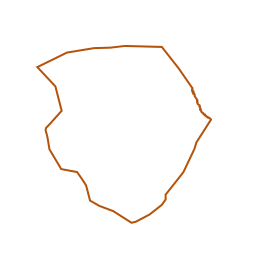 Delgerxangai, Dundgovi, Mongolia, rotated 161°
{"feature_id": "93677404B47502950424031", "entity_name": "Delgerxangai", "entity_type": "district", "adm_level": 2, "iso_a3": "MNG", "parent_name": "Mongolia", "parent_adm1": "Dundgovi", "projection": "orthographic", "projection_center": [104.19, 45.142], "detail": "fine", "context": "isolated", "style": "outline", "palette": "amber", "viewbox_px": 256, "rotation_deg": 161, "n_neighbors": 0, "source": "geoboundaries", "source_scale": "gbopen_adm2", "svg_char_len": 2609}
<svg xmlns="http://www.w3.org/2000/svg" viewBox="0 0 256 256"><g transform="rotate(161 128 128)"><path d="M193.9,215.1L183.1,191.0L185.1,165.9L199.9,157.6L205.4,154.8L206.6,153.0L207.1,145.9L208.9,135.3L209.2,133.4L204.5,110.9L190.5,102.9L188.4,95.7L186.3,87.5L187.5,71.7L180.4,63.6L168.9,54.1L155.6,37.3L151.4,36.8L135.7,39.2L121.1,44.3L115.6,48.2L114.2,52.7L96.8,63.8L89.8,68.4L72.0,86.6L67.9,92.2L47.3,108.5L46.8,108.8L46.8,109.0L46.9,109.3L47.0,109.7L47.1,110.0L47.3,110.1L47.5,110.4L47.5,110.6L47.7,110.8L47.8,110.8L48.0,110.8L48.2,111.1L48.2,111.3L48.2,111.5L48.3,111.7L48.5,111.8L48.8,112.0L49.1,112.0L49.3,112.0L49.4,112.3L49.4,112.6L49.4,112.8L49.5,112.9L49.7,113.0L49.8,113.0L50.0,113.1L49.9,113.3L49.9,113.5L50.2,113.9L50.5,114.1L50.7,114.3L51.0,114.5L51.0,114.9L50.9,115.1L50.7,115.3L50.7,115.5L50.8,115.7L51.0,115.7L51.3,115.6L51.4,115.8L51.5,115.9L51.5,116.0L51.8,116.1L52.0,116.2L52.0,116.3L52.0,116.5L51.9,116.6L51.9,116.9L51.9,117.0L52.1,117.1L52.3,117.3L52.3,117.5L52.3,117.9L52.3,118.0L52.5,118.2L52.6,118.3L52.7,118.5L52.8,118.6L53.0,118.6L53.2,118.8L53.3,119.2L53.3,119.6L53.3,119.9L53.3,120.1L53.3,120.3L53.4,120.6L53.5,120.8L53.6,121.1L53.4,121.3L53.2,121.4L53.2,121.5L53.2,121.8L53.3,121.8L53.5,121.8L53.8,121.8L53.9,122.0L53.7,122.3L53.5,122.5L53.4,122.6L53.3,122.8L53.2,122.9L53.2,123.1L53.2,123.4L53.2,123.5L53.3,123.6L53.3,123.8L53.2,123.9L53.2,124.0L53.3,124.3L53.4,124.5L53.4,124.8L53.5,124.9L53.5,125.0L53.4,125.3L53.1,125.4L52.9,125.5L52.9,125.8L52.9,126.0L54.2,127.9L54.3,128.2L54.3,128.4L54.3,128.6L54.2,128.8L54.2,129.0L54.3,129.3L54.3,129.7L54.2,129.7L53.9,129.7L53.8,129.8L53.7,129.9L53.7,130.1L53.8,130.3L53.8,130.5L53.8,130.9L53.7,131.0L53.5,131.3L53.8,131.4L53.9,131.5L53.8,131.8L53.7,131.8L53.6,132.0L53.6,132.3L53.6,132.5L53.7,132.9L53.7,133.1L53.7,133.3L53.7,133.5L53.8,133.7L53.9,133.9L54.0,134.2L54.1,134.6L54.3,135.3L54.4,135.5L54.4,135.9L54.5,136.2L54.6,136.3L54.6,136.6L54.5,136.8L54.4,137.1L54.4,137.3L54.2,137.5L54.1,137.8L54.3,138.0L54.2,138.3L54.1,138.6L54.2,138.9L54.3,138.9L54.5,138.9L54.8,138.9L55.0,139.0L54.9,139.2L54.8,139.3L54.8,139.5L55.0,139.8L55.2,140.0L55.3,140.1L55.2,140.3L54.9,140.3L54.7,140.4L54.8,140.6L54.9,140.8L55.0,141.0L55.1,141.3L55.0,141.5L54.8,141.5L54.7,141.5L54.3,141.5L54.4,141.9L54.5,142.1L54.6,142.4L54.7,142.5L54.9,142.5L55.1,142.4L55.3,142.5L55.1,142.9L54.9,143.1L54.7,143.2L54.7,143.4L54.6,143.5L54.7,143.8L54.4,143.9L54.3,144.0L54.3,144.3L54.3,144.5L54.2,144.8L54.1,145.0L54.4,145.5L60.7,167.9L69.6,193.6L104.6,206.7L118.5,209.7L134.2,214.6L161.2,219.2L193.9,215.1Z" fill="none" stroke="#b45309" stroke-width="2"/></g></svg>